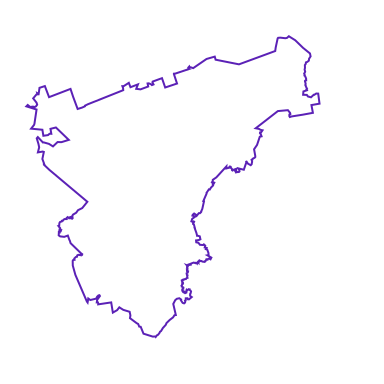 the district of Launkalnes pag., Smiltenes, Latvia, rotated 168°
{"feature_id": "27541924B40793985914328", "entity_name": "Launkalnes pag.", "entity_type": "district", "adm_level": 2, "iso_a3": "LVA", "parent_name": "Latvia", "parent_adm1": "Smiltenes", "projection": "orthographic", "projection_center": [25.917, 57.363], "detail": "fine", "context": "isolated", "style": "outline", "palette": "violet", "viewbox_px": 384, "rotation_deg": 168, "n_neighbors": 0, "source": "geoboundaries", "source_scale": "gbopen_adm2", "svg_char_len": 6031}
<svg xmlns="http://www.w3.org/2000/svg" viewBox="0 0 384 384"><g transform="rotate(168 192 192)"><path d="M257.6,57.8L256.1,59.1L254.9,59.4L253.2,60.8L252.3,62.0L251.2,62.4L248.8,65.0L245.3,67.5L244.2,69.1L240.4,71.5L236.6,73.3L234.8,75.1L233.4,75.0L233.6,86.4L230.9,89.7L229.0,90.7L226.5,90.7L225.0,89.1L225.4,88.5L224.2,85.5L222.9,84.7L221.8,85.3L221.3,86.4L221.4,87.2L220.7,87.4L220.2,89.3L218.5,89.0L218.3,87.9L217.3,87.6L214.1,89.3L215.2,90.5L215.4,91.2L215.0,92.7L214.6,92.9L213.6,94.9L214.0,96.0L214.9,96.9L214.7,97.3L215.5,97.6L215.9,97.2L217.1,97.2L217.5,97.6L217.9,97.0L217.7,96.4L218.8,95.6L218.3,95.2L218.4,94.8L219.8,94.5L220.1,94.9L220.1,95.7L220.5,96.3L221.3,95.8L221.6,96.2L221.7,96.6L221.6,97.2L222.0,97.4L222.0,98.2L221.6,99.0L220.8,99.1L220.8,99.5L220.3,100.0L220.3,100.4L221.7,101.6L221.5,102.1L221.7,102.6L221.1,103.1L220.8,103.9L220.2,103.9L219.7,104.6L219.7,105.1L220.4,105.2L220.2,106.7L219.7,107.2L220.4,107.4L220.4,107.7L218.9,108.2L218.2,107.9L217.7,108.3L216.1,108.1L215.4,108.8L214.3,109.0L214.5,109.5L214.2,110.1L214.2,110.9L213.7,111.5L214.2,112.0L214.2,113.6L213.0,114.2L213.3,115.0L212.8,114.5L212.5,115.0L212.8,115.1L212.7,115.5L213.3,115.7L213.2,116.6L212.7,117.0L212.9,117.5L212.5,117.6L212.3,118.1L212.6,118.8L212.5,119.4L212.0,119.7L212.3,120.1L212.0,120.7L212.4,121.5L211.6,121.0L211.6,121.4L211.0,121.7L210.4,121.4L209.9,121.8L209.4,121.3L209.1,121.6L209.2,121.9L208.8,122.0L208.5,121.9L208.7,121.7L208.3,121.3L207.8,122.2L205.1,122.6L203.4,121.7L203.3,122.0L202.8,121.9L202.2,121.3L202.1,121.7L201.7,121.8L201.6,121.3L201.0,122.1L200.6,121.6L200.6,121.9L200.3,121.9L200.3,122.3L199.7,122.5L199.7,123.1L199.0,123.6L197.9,122.6L197.0,122.5L196.4,121.8L194.2,121.0L193.3,121.4L193.1,121.7L193.4,121.8L192.7,122.1L191.9,123.2L190.9,122.6L190.7,123.0L189.2,123.4L187.9,122.3L186.7,123.8L190.1,126.9L188.9,126.9L188.6,129.0L189.1,132.6L190.3,133.2L189.4,134.3L191.1,135.1L190.2,136.8L191.3,138.3L192.1,137.8L195.2,138.7L196.3,141.0L198.3,141.9L198.1,143.8L195.4,143.6L193.6,144.0L193.6,147.0L195.6,148.1L196.1,148.1L196.2,151.0L196.9,156.3L196.7,156.3L196.9,159.8L197.6,160.5L197.3,161.7L196.9,162.2L196.5,162.0L196.1,162.5L196.5,162.9L197.3,162.5L198.7,163.4L197.4,165.7L193.9,167.3L196.5,168.8L196.0,169.6L194.4,170.5L192.6,168.7L192.3,167.8L189.7,169.9L188.6,169.6L187.2,170.5L186.9,171.1L187.0,171.2L185.5,173.2L182.1,180.6L182.3,181.2L182.5,181.2L178.0,187.5L178.0,188.1L174.9,191.1L174.1,190.7L172.5,192.4L170.0,194.0L170.1,195.5L169.1,195.5L168.3,196.5L170.3,197.5L169.4,198.5L169.1,199.6L165.2,201.2L153.0,209.9L153.5,207.9L150.6,208.0L150.2,208.8L149.6,209.1L148.9,208.6L148.9,207.4L148.2,206.5L148.3,205.0L147.9,204.6L147.1,205.1L143.7,205.5L144.3,204.1L145.3,203.6L144.8,203.1L145.1,202.7L144.9,202.0L143.7,202.3L143.1,201.9L141.7,201.9L141.2,202.3L141.2,203.5L141.6,205.4L136.7,203.0L132.8,209.5L132.6,211.1L131.4,208.1L129.0,206.0L128.4,206.4L127.7,207.0L127.6,207.6L126.9,209.0L127.0,211.1L126.1,211.2L125.8,211.9L123.6,212.5L122.8,213.1L122.6,214.4L122.4,220.9L118.6,224.5L114.2,232.0L112.4,232.0L112.7,234.2L113.3,235.4L113.2,235.8L112.9,236.2L112.0,236.0L110.2,237.7L112.1,238.6L113.4,239.8L116.4,241.1L91.2,253.3L81.2,252.1L79.6,249.0L79.6,247.8L80.6,247.6L80.8,247.0L80.8,246.2L81.0,246.0L80.7,245.0L78.9,245.2L67.7,244.6L57.3,244.3L57.1,252.2L48.9,251.9L48.1,262.0L50.0,262.5L52.3,261.6L52.7,261.8L55.9,259.9L58.7,261.3L59.5,263.1L63.1,264.0L62.1,267.2L58.4,267.6L58.7,268.6L58.0,269.0L58.7,271.7L58.6,272.8L58.9,273.1L58.3,274.5L58.5,276.7L58.4,277.2L57.7,277.6L57.1,277.5L56.8,279.3L57.3,282.0L57.8,282.5L57.4,283.6L57.7,284.4L56.3,286.1L56.4,288.3L55.7,289.9L55.2,292.7L54.1,293.7L53.6,295.1L52.2,295.3L50.4,296.2L49.8,298.0L47.8,300.0L47.8,303.0L53.4,309.9L59.5,319.0L64.9,324.2L67.0,323.0L68.7,323.0L73.5,324.6L75.7,324.9L76.3,324.4L80.1,315.9L81.3,312.6L119.5,307.1L141.4,316.5L141.6,319.7L150.1,319.1L165.1,312.9L167.4,314.3L168.5,314.5L168.6,315.3L169.8,314.4L169.7,313.9L170.1,313.4L169.4,312.9L183.7,311.3L185.1,311.5L185.2,311.3L184.1,301.2L196.5,299.8L197.7,309.6L207.5,308.2L207.9,307.5L207.3,305.2L209.0,304.9L209.7,305.9L211.7,307.3L212.9,307.4L212.9,304.3L221.0,303.1L225.1,304.5L222.5,308.5L230.4,307.3L231.1,311.9L236.7,309.8L238.1,310.0L237.8,308.1L238.1,305.9L275.5,299.5L278.7,298.7L278.9,298.1L282.1,297.4L286.6,297.0L288.5,310.0L289.4,318.1L312.1,314.5L313.9,326.2L319.5,325.6L321.6,319.9L322.8,320.9L322.7,319.6L323.8,319.8L327.9,316.6L325.5,311.7L325.3,309.6L326.7,308.3L328.2,307.8L329.8,308.6L332.6,308.8L334.6,311.3L336.2,310.2L326.9,305.0L331.9,291.6L332.5,290.5L336.2,287.4L325.4,284.0L325.7,277.9L321.0,277.6L319.2,278.6L317.5,278.2L317.3,283.2L311.7,283.4L301.7,268.6L309.3,267.9L313.1,268.8L318.5,265.5L321.9,268.8L326.8,271.4L327.5,271.4L331.4,277.8L332.7,276.8L332.2,271.1L332.2,267.5L334.5,262.8L329.6,262.6L328.6,262.0L331.5,255.4L330.8,250.7L331.1,250.3L330.7,249.6L331.0,249.3L326.9,243.3L296.4,204.2L302.7,199.1L307.3,197.9L309.6,195.8L313.1,194.6L314.0,193.6L314.2,191.2L314.8,190.8L316.2,191.6L315.7,192.8L316.5,192.8L317.7,191.9L318.8,193.3L320.0,192.7L320.2,191.6L322.3,192.0L323.4,191.6L324.2,190.8L325.2,190.9L325.4,190.3L327.3,190.1L328.2,189.1L328.8,187.0L329.6,186.7L329.4,186.5L329.5,186.1L329.0,185.3L329.1,184.7L328.5,184.2L328.5,182.9L329.4,182.6L329.4,182.2L328.0,181.9L328.6,180.9L330.1,181.3L330.5,180.8L330.1,179.9L330.7,179.9L331.4,177.3L330.2,176.0L326.3,174.7L322.5,175.2L321.9,170.7L321.6,169.7L321.4,167.2L313.3,155.1L312.3,154.0L312.5,153.5L314.0,154.1L314.3,153.9L314.2,153.4L316.3,154.2L317.5,153.8L317.9,152.6L319.1,152.6L321.0,151.4L321.0,150.1L322.3,150.2L323.0,149.5L323.9,144.9L323.3,135.2L317.6,106.7L317.1,105.6L315.6,109.4L313.9,107.5L308.8,107.6L307.7,107.8L306.6,109.3L305.0,110.3L304.0,110.3L303.7,109.4L307.2,106.2L308.1,103.8L307.0,103.6L306.9,102.2L307.1,101.6L294.0,100.8L294.5,90.5L289.8,92.0L287.1,94.3L283.7,91.0L277.9,87.8L277.9,84.1L278.9,81.5L273.4,75.2L272.1,74.1L271.6,71.3L270.2,70.8L268.9,63.5L260.4,58.7L257.8,58.3L257.6,57.8Z" fill="none" stroke="#5b21b6" stroke-width="2"/></g></svg>